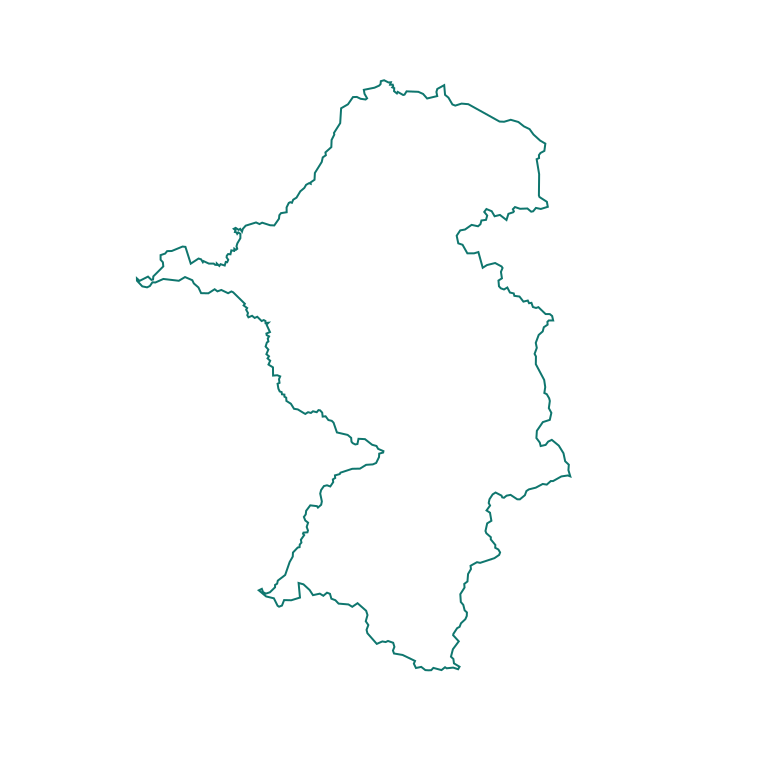 outline of Gonzalo Pizarro, Sucumbios, Ecuador, rotated 256°
{"feature_id": "8360857B84387334952145", "entity_name": "Gonzalo Pizarro", "entity_type": "district", "adm_level": 2, "iso_a3": "ECU", "parent_name": "Ecuador", "parent_adm1": "Sucumbios", "projection": "mercator", "projection_center": [-77.563, 0.112], "detail": "fine", "context": "isolated", "style": "outline", "palette": "teal", "viewbox_px": 768, "rotation_deg": 256, "n_neighbors": 0, "source": "geoboundaries", "source_scale": "gbopen_adm2", "svg_char_len": 6143}
<svg xmlns="http://www.w3.org/2000/svg" viewBox="0 0 768 768"><g transform="rotate(256 384 384)"><path d="M546.2,169.8L544.0,169.3L537.2,173.1L535.1,177.5L535.7,180.5L538.7,183.9L537.8,186.7L539.3,195.3L533.8,209.9L535.9,216.8L531.1,223.1L527.6,223.8L522.6,227.3L516.4,228.5L514.5,235.5L516.9,242.6L514.2,244.8L514.6,248.9L509.8,254.7L510.7,258.3L509.5,259.8L495.5,268.4L494.2,266.8L490.8,269.6L489.4,268.2L485.8,269.2L483.8,268.0L481.5,268.6L482.1,272.5L479.4,274.5L479.9,277.3L474.7,280.5L475.1,282.8L473.8,284.2L471.8,283.8L471.4,286.7L470.0,284.4L462.0,285.9L461.4,282.1L459.8,282.0L458.0,284.0L456.2,282.2L453.2,282.1L452.6,280.4L449.0,278.2L445.4,280.1L441.4,277.1L438.7,279.1L437.0,277.2L434.1,279.2L430.8,276.6L427.0,280.3L419.0,278.4L418.3,282.6L416.5,285.1L414.1,283.3L410.4,282.9L410.0,280.8L405.0,280.4L402.0,281.0L400.9,282.7L398.7,282.5L397.8,284.8L395.8,284.3L394.4,285.8L391.2,285.2L387.3,288.9L381.7,290.7L380.2,294.2L374.0,300.3L375.0,303.5L373.6,306.1L374.7,308.5L372.9,311.9L374.5,314.1L373.9,315.6L371.2,317.1L367.2,316.6L366.8,319.5L362.5,321.3L360.9,324.4L358.7,325.7L348.4,326.6L343.4,336.4L339.7,339.1L335.9,338.5L334.2,339.3L332.3,341.5L332.2,343.7L337.0,346.0L335.1,352.2L327.9,357.8L325.7,361.7L322.5,362.6L319.0,367.2L317.7,366.6L317.6,362.5L314.3,361.5L309.3,357.3L308.7,353.7L309.9,347.1L307.7,340.2L309.4,332.7L308.5,320.3L307.3,319.2L307.2,314.3L304.6,313.9L303.8,311.3L301.1,311.0L297.6,307.1L299.5,304.2L299.5,301.0L296.3,297.3L293.1,295.6L285.1,295.3L282.0,293.8L280.1,290.0L281.7,289.4L284.1,283.1L279.8,277.8L276.4,276.5L274.4,274.1L270.6,274.6L267.8,276.8L264.0,274.4L260.3,274.8L258.6,273.8L259.3,269.9L258.3,269.2L256.7,270.0L253.0,265.7L250.1,265.5L248.6,263.4L246.1,262.6L246.2,260.7L242.5,254.9L238.6,253.7L234.1,249.4L222.6,241.9L218.9,233.4L216.1,232.0L215.4,229.7L213.1,229.1L209.5,222.9L209.2,218.7L211.3,216.3L214.8,215.9L214.1,212.6L206.4,218.2L202.7,225.3L194.6,227.1L193.3,228.3L193.7,231.4L198.5,234.8L196.6,241.7L197.1,250.8L211.6,253.0L209.1,257.4L202.1,262.0L196.3,264.0L196.1,271.0L193.2,273.9L195.3,278.2L193.5,280.8L188.4,281.0L186.0,284.5L181.9,286.8L178.7,296.2L175.5,299.3L177.7,305.3L168.3,311.8L163.8,312.1L158.2,308.9L153.9,310.5L149.7,307.6L146.2,307.6L133.6,314.1L134.6,320.1L133.2,323.2L133.7,325.7L130.7,330.3L126.4,330.5L123.2,328.2L120.1,328.5L116.6,336.5L107.8,347.1L105.4,345.3L100.7,346.3L100.5,351.7L96.4,354.9L95.4,358.0L94.9,360.6L96.6,363.2L92.5,370.6L94.4,374.7L93.0,376.0L92.1,382.5L89.3,386.9L91.4,388.9L96.0,384.3L100.4,384.8L103.2,383.0L110.0,386.7L116.2,394.3L123.5,390.3L124.8,390.9L129.4,395.9L130.1,398.6L133.2,400.8L136.1,406.0L138.9,408.2L142.3,409.2L144.9,407.5L150.5,407.5L153.9,405.8L161.6,407.2L167.0,412.9L170.6,413.5L172.2,417.2L179.3,419.6L183.4,423.6L186.7,424.0L188.6,431.1L187.2,434.0L188.3,449.0L190.3,454.4L192.5,455.9L195.8,454.9L198.2,452.3L200.9,453.1L207.4,450.0L209.5,450.6L214.4,447.2L216.8,446.9L223.8,450.4L225.3,455.1L233.5,455.7L236.5,452.9L240.4,457.5L243.2,456.8L246.7,458.5L250.6,462.7L251.7,466.0L247.3,471.0L245.4,471.3L244.6,472.9L246.0,475.9L245.8,480.0L239.9,485.4L239.2,487.9L242.0,493.8L245.7,496.3L246.7,499.1L246.7,506.2L248.6,513.8L247.0,517.6L249.5,522.4L248.9,524.5L251.4,533.7L250.8,540.2L249.3,542.4L255.8,542.1L261.0,543.8L265.2,541.1L273.4,541.4L281.9,538.7L289.2,533.3L288.4,529.4L285.8,526.1L285.9,521.0L289.5,521.0L294.7,518.8L301.6,521.0L308.6,528.9L309.1,536.2L315.5,539.4L320.7,538.1L327.4,540.8L330.1,540.8L334.7,539.5L336.5,537.4L342.0,539.7L349.2,540.4L366.5,536.1L374.0,538.1L376.8,537.4L382.1,541.0L387.2,541.2L394.2,546.0L396.6,550.7L400.4,552.8L402.0,557.1L404.8,557.6L405.8,559.3L404.7,563.5L409.3,563.6L411.7,561.8L412.8,557.7L421.2,552.4L421.0,549.9L422.7,547.1L427.1,546.7L427.3,544.3L430.2,543.7L430.2,539.2L436.1,536.6L438.0,531.8L440.5,531.8L442.3,528.3L447.8,527.0L446.7,523.3L448.6,520.5L451.0,519.2L456.7,520.1L458.0,524.0L464.5,524.6L467.9,527.1L469.6,526.5L474.5,521.1L474.5,512.7L472.9,507.9L489.2,507.5L489.0,503.0L490.6,496.5L500.1,493.9L502.5,490.1L510.3,490.4L514.6,495.1L514.3,500.0L517.2,507.5L514.3,513.4L515.7,516.2L519.1,518.1L518.6,522.7L522.5,524.9L526.7,522.9L529.0,525.7L525.6,530.3L520.0,531.9L520.0,537.4L513.5,542.5L519.0,545.9L519.4,551.0L520.1,551.8L522.4,551.3L524.0,553.9L521.1,558.4L519.6,565.6L515.6,568.5L515.5,570.5L518.1,574.0L515.9,578.5L516.3,585.8L521.4,586.1L527.8,580.1L529.4,579.9L550.1,585.3L565.2,586.5L565.7,589.1L568.6,589.7L570.3,591.7L571.4,596.0L578.2,598.7L582.4,594.4L589.9,589.4L596.1,586.9L600.1,582.1L605.7,577.8L609.7,570.9L609.4,564.0L610.7,559.6L635.1,533.5L637.3,527.1L636.9,520.5L638.7,518.0L646.3,515.8L649.8,513.2L659.4,514.7L657.4,507.1L654.7,505.5L650.5,505.3L650.6,494.9L656.0,492.1L659.2,488.0L662.5,476.7L659.8,473.9L659.8,472.5L664.1,468.0L662.8,466.8L665.7,464.6L668.6,465.5L669.8,463.8L670.8,465.0L672.3,464.9L672.9,462.3L675.1,463.7L675.5,461.3L678.7,457.6L678.6,454.2L675.8,453.2L674.7,451.5L673.8,446.5L674.3,435.6L670.3,435.3L665.3,436.7L664.5,435.0L666.4,430.3L669.1,427.1L669.9,423.3L664.1,416.7L661.9,409.1L647.7,404.6L639.7,396.2L638.0,396.1L633.5,392.2L626.6,390.2L622.9,383.2L620.0,382.9L618.7,379.4L614.5,377.3L605.5,368.0L599.0,366.0L597.3,361.5L596.0,361.3L597.0,359.9L596.1,356.6L593.5,354.1L591.2,349.4L586.0,344.2L584.8,340.5L582.1,338.5L583.1,337.0L582.7,335.4L578.9,332.2L574.2,331.1L574.7,325.4L573.1,323.3L569.8,322.1L564.4,315.9L565.6,311.9L570.0,304.8L569.3,301.9L571.7,298.9L571.1,288.1L568.7,284.6L566.2,283.1L569.3,282.0L568.7,280.3L571.4,277.8L570.9,275.8L569.1,277.1L567.5,276.1L566.7,277.6L565.2,277.9L566.3,279.3L564.4,281.0L560.2,279.9L555.9,275.7L553.3,274.2L550.7,274.3L550.0,272.7L551.5,271.5L549.4,270.8L550.6,268.2L547.0,266.4L547.8,264.2L546.5,262.5L545.0,261.9L542.2,262.9L540.1,261.3L540.7,260.0L537.5,258.1L539.8,254.4L538.4,252.8L541.4,250.9L540.0,250.5L540.5,249.0L542.0,247.9L543.2,243.2L546.9,238.6L546.0,237.7L549.2,236.7L550.6,234.4L547.5,225.6L565.1,224.5L566.1,221.8L564.4,210.2L565.4,205.7L563.5,203.2L563.1,198.4L558.6,197.3L555.6,198.9L551.5,198.3L544.2,186.2L541.3,185.2L541.3,183.5L545.3,181.0L543.2,171.8L546.2,169.8Z" fill="none" stroke="#0f766e" stroke-width="2"/></g></svg>